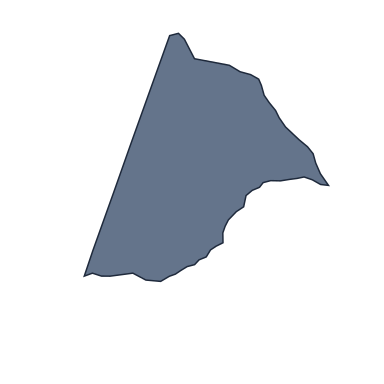 São José da Coroa Grande, Pernambuco, Brazil, rotated 305°
{"feature_id": "56859067B47243244758303", "entity_name": "São José da Coroa Grande", "entity_type": "district", "adm_level": 2, "iso_a3": "BRA", "parent_name": "Brazil", "parent_adm1": "Pernambuco", "projection": "equal_earth", "projection_center": [-35.181, -8.871], "detail": "fine", "context": "isolated", "style": "filled", "palette": "slate", "viewbox_px": 384, "rotation_deg": 305, "n_neighbors": 0, "source": "geoboundaries", "source_scale": "gbopen_adm2", "svg_char_len": 856}
<svg xmlns="http://www.w3.org/2000/svg" viewBox="0 0 384 384"><g transform="rotate(305 192 192)"><path d="M312.8,98.1L314.2,89.9L307.3,84.0L196.7,114.2L148.5,127.6L87.5,144.3L61.3,152.0L68.4,157.0L71.2,166.1L76.1,173.2L91.6,190.1L93.4,204.7L100.8,217.6L110.0,221.8L115.2,225.5L121.4,227.9L128.1,230.8L134.0,235.8L140.5,236.7L147.0,240.9L155.2,240.4L161.4,242.8L168.2,246.5L176.2,240.7L182.9,238.8L190.0,237.8L201.4,239.6L209.5,242.8L220.1,238.3L227.9,240.4L234.6,244.6L240.5,244.9L246.4,249.9L251.9,258.1L258.4,264.8L263.3,270.2L268.6,275.2L271.0,283.5L271.9,293.0L275.7,300.0L280.6,286.7L286.7,276.7L292.8,269.3L295.3,260.7L296.2,249.9L297.5,240.9L298.9,231.3L302.8,220.8L306.7,213.7L309.5,203.9L312.6,195.6L319.1,187.7L322.7,181.9L321.8,172.7L318.1,162.4L317.2,149.9L302.6,117.6L312.8,98.1Z" fill="#64748b" stroke="#1e293b" stroke-width="1.5"/></g></svg>